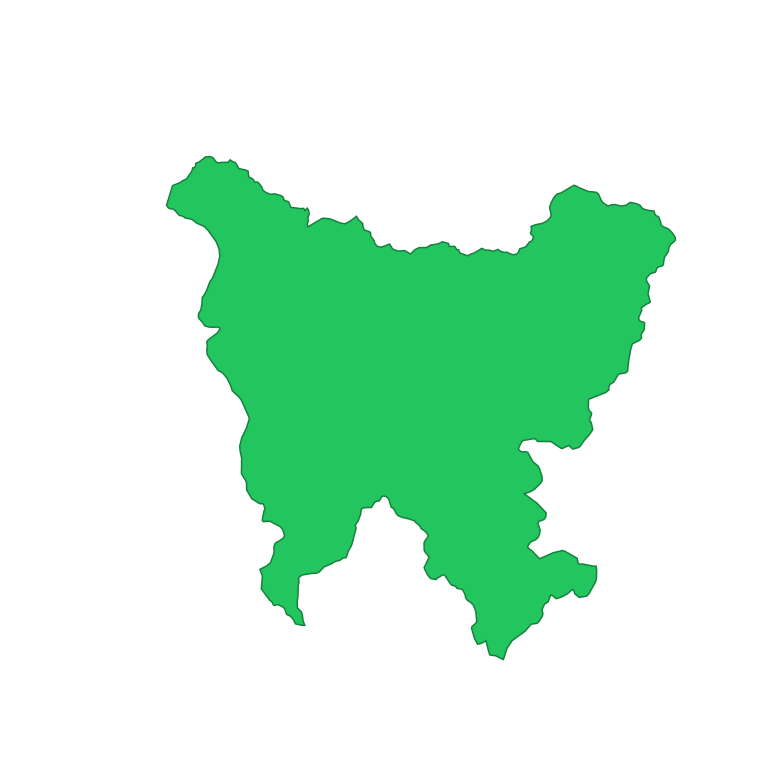 Cho Moi, Bắc Kạn, Vietnam (Mercator projection), rotated 110°
{"feature_id": "81297802B24308322432437", "entity_name": "Cho Moi", "entity_type": "district", "adm_level": 2, "iso_a3": "VNM", "parent_name": "Vietnam", "parent_adm1": "Bắc Kạn", "projection": "mercator", "projection_center": [105.849, 21.965], "detail": "fine", "context": "isolated", "style": "filled", "palette": "green", "viewbox_px": 768, "rotation_deg": 110, "n_neighbors": 0, "source": "geoboundaries", "source_scale": "gbopen_adm2", "svg_char_len": 6171}
<svg xmlns="http://www.w3.org/2000/svg" viewBox="0 0 768 768"><g transform="rotate(110 384 384)"><path d="M288.7,159.5L279.1,161.9L267.2,164.0L261.4,164.4L255.7,158.9L253.7,158.0L252.4,157.8L250.4,159.0L248.1,159.2L244.3,158.0L237.6,159.9L237.1,160.6L237.4,163.5L237.0,165.4L235.8,166.9L234.3,167.4L226.7,167.0L224.3,168.2L219.6,165.0L216.5,162.0L215.7,161.9L209.0,166.7L201.0,168.0L197.8,172.1L195.1,173.7L189.5,171.7L186.0,167.2L181.8,167.1L180.4,166.6L178.0,163.0L176.4,162.3L170.7,163.6L168.3,163.6L162.1,162.1L157.9,162.9L154.7,162.3L150.2,159.7L148.8,159.5L146.4,160.7L143.4,164.7L141.0,169.6L140.6,176.5L139.7,177.9L136.2,180.2L132.9,183.2L132.7,186.2L131.5,187.8L129.1,189.4L130.4,194.8L130.8,199.1L130.5,201.6L128.6,204.3L128.3,206.1L128.3,209.0L129.1,214.3L129.5,215.2L132.9,217.3L135.7,221.9L136.4,228.5L137.8,231.6L139.9,234.0L139.9,235.7L138.6,240.5L137.3,242.5L132.1,247.4L131.2,250.0L133.2,257.8L132.9,266.0L132.2,272.2L132.4,273.6L144.0,283.1L145.9,285.9L147.8,287.1L151.5,288.3L157.2,289.0L160.6,288.9L162.0,288.5L167.7,284.8L170.5,284.6L175.2,286.7L179.0,290.3L182.5,296.1L185.6,299.7L188.5,298.2L190.3,297.9L191.4,298.2L192.7,297.5L194.3,294.0L197.6,293.7L200.2,294.8L200.3,295.5L200.8,295.9L206.8,297.8L210.5,302.7L214.0,302.7L216.4,303.7L217.6,305.3L218.6,308.1L218.1,313.3L219.1,315.7L219.5,319.6L218.5,322.8L222.0,326.9L222.2,330.8L223.5,334.2L223.1,338.6L226.9,341.4L230.6,344.8L232.0,346.7L234.9,349.2L235.0,357.3L232.7,359.3L232.4,359.9L232.8,361.7L230.5,364.5L232.4,369.9L229.8,371.5L230.4,377.8L233.9,381.2L237.4,387.6L241.2,390.7L243.9,397.7L247.2,400.9L252.8,403.5L251.5,410.2L254.1,415.7L254.4,420.8L253.6,422.8L250.6,426.6L256.6,433.6L256.8,437.9L254.9,440.8L252.6,442.3L249.6,447.0L246.3,448.5L245.9,449.5L246.0,455.3L242.8,457.9L240.4,459.0L238.6,463.8L235.8,467.2L242.6,471.6L246.8,475.4L247.6,479.9L247.3,491.3L248.9,497.7L250.1,499.2L262.1,509.1L262.1,509.7L259.9,510.8L256.3,510.9L254.0,512.4L249.8,512.4L246.8,514.1L245.0,516.3L248.1,517.6L246.4,519.6L247.7,522.2L249.8,531.9L245.4,536.0L245.5,540.8L243.7,541.9L242.6,543.4L242.2,545.4L242.7,551.9L244.6,555.6L244.4,560.2L243.7,563.0L242.8,564.5L240.5,566.4L237.9,570.7L237.5,571.8L238.4,574.5L236.1,577.6L235.6,582.0L230.4,584.5L230.3,587.9L231.2,594.0L227.3,598.6L226.7,600.1L226.7,602.6L226.0,605.3L229.1,606.4L231.3,612.4L233.0,615.5L232.5,618.2L230.1,621.5L229.7,623.0L230.0,626.1L231.8,629.5L238.3,633.5L241.1,636.3L244.6,635.6L245.9,636.4L246.2,637.6L250.1,637.4L259.1,639.9L262.6,643.4L264.1,644.1L269.8,650.4L270.4,650.5L290.3,649.5L292.2,647.1L292.5,644.9L291.7,641.9L292.2,640.3L295.6,633.9L295.1,630.9L295.9,627.9L295.8,626.3L294.9,621.0L296.9,614.9L297.5,606.6L300.0,601.6L307.8,590.2L313.8,585.0L320.2,582.0L328.2,580.9L343.3,581.4L347.6,582.6L356.7,582.7L362.0,583.4L364.7,584.4L371.2,582.4L374.4,581.9L377.2,581.5L381.2,582.3L384.6,581.4L385.9,580.0L388.1,575.7L390.7,572.2L390.4,568.2L389.2,564.0L387.5,560.2L387.3,558.1L387.7,557.2L388.9,557.0L393.0,558.1L402.5,564.2L404.7,565.0L409.4,562.8L412.7,562.1L416.9,560.2L421.9,553.6L428.0,544.5L428.7,539.6L432.3,533.4L437.9,527.6L442.3,524.2L446.0,515.5L448.2,512.3L461.3,499.6L463.1,498.6L472.8,498.2L482.9,499.3L491.5,498.4L496.0,496.4L502.4,492.4L517.0,487.3L522.0,481.0L524.1,479.3L530.6,476.8L537.1,468.9L539.0,459.8L538.0,457.1L538.4,456.0L541.7,453.2L544.9,453.3L552.4,452.1L553.8,451.7L554.6,450.4L552.0,444.5L553.5,433.1L555.2,429.7L559.2,426.4L561.0,425.7L563.1,425.9L566.5,428.1L570.1,431.3L571.9,431.9L574.8,431.7L580.3,429.5L590.7,429.6L594.8,431.8L600.6,437.2L606.0,432.6L618.5,429.2L626.1,417.7L627.2,414.6L629.6,412.2L629.5,410.9L627.9,409.0L627.6,407.8L628.3,402.3L629.1,400.5L633.9,396.6L634.2,392.5L636.4,388.5L639.7,385.2L638.9,379.2L637.9,375.9L634.2,379.0L627.8,382.5L626.4,383.8L623.9,388.8L617.8,391.3L613.7,392.0L602.8,395.7L599.9,395.9L595.9,397.7L594.6,397.6L591.7,395.9L587.3,388.3L584.5,382.2L582.6,380.5L576.4,377.8L570.6,371.5L568.0,369.7L566.3,367.6L565.2,365.5L561.6,363.0L560.6,360.9L559.8,360.1L553.8,360.4L546.4,359.3L529.6,360.8L528.0,361.5L526.6,362.8L521.5,361.4L514.8,361.4L509.6,362.5L507.9,361.5L506.4,358.9L504.4,353.6L498.6,352.4L497.3,351.6L495.3,348.4L490.3,347.4L489.3,345.8L489.0,343.5L489.6,341.8L491.4,339.5L497.3,335.0L498.0,332.0L501.7,328.0L502.9,325.9L503.1,321.5L502.2,313.8L502.2,308.6L503.3,306.7L504.9,302.0L507.1,299.8L508.4,295.1L509.5,292.8L511.2,290.7L512.3,290.4L517.5,291.9L519.7,292.0L526.4,289.4L527.7,288.2L530.6,283.2L532.2,282.5L542.8,283.5L544.2,282.3L548.7,277.5L550.9,273.6L549.9,268.1L548.1,267.5L543.2,263.3L542.7,261.8L549.4,252.8L549.9,251.0L549.5,248.6L549.8,247.3L551.1,245.4L550.3,241.8L550.4,239.9L553.9,236.0L557.0,234.1L558.5,232.1L559.3,229.9L559.3,228.3L561.8,223.7L566.7,219.8L574.7,215.9L576.2,215.7L577.6,216.0L581.9,218.4L583.4,218.3L591.7,212.3L596.5,207.1L594.3,203.7L590.5,200.4L599.6,194.1L602.2,192.1L602.4,191.3L601.2,186.3L602.2,178.0L601.9,177.6L590.1,178.0L581.3,175.8L567.8,166.7L560.2,163.9L559.0,162.9L556.6,158.3L553.9,157.0L548.2,155.9L546.1,155.9L542.1,158.2L539.4,158.2L535.8,157.8L532.7,155.3L525.2,155.2L525.3,152.8L526.7,149.5L526.6,148.3L523.1,144.0L518.2,139.7L513.2,137.1L512.8,136.4L512.8,135.6L516.1,132.5L517.7,127.5L514.1,121.1L510.9,119.6L497.3,117.5L493.1,118.2L485.7,120.7L482.7,122.4L483.7,125.8L485.3,136.3L486.3,138.3L486.3,140.0L481.7,143.0L479.4,156.0L479.3,159.1L484.7,167.3L495.0,178.0L490.0,188.3L488.7,192.6L487.2,193.5L483.4,192.5L481.7,191.6L478.5,188.3L475.9,186.8L471.7,186.5L467.7,187.4L462.2,191.8L460.0,191.4L457.7,188.4L455.9,187.0L453.7,186.5L449.6,187.6L443.6,199.6L439.2,214.7L435.4,209.9L431.6,206.6L423.7,203.0L421.0,202.3L417.0,203.8L410.7,208.6L408.4,211.0L406.2,217.4L399.1,225.4L399.1,227.9L400.5,230.5L400.5,233.0L400.0,234.3L398.6,235.6L391.7,235.0L389.5,233.9L384.2,224.6L383.9,222.9L385.5,220.1L381.0,207.5L383.8,195.8L383.7,194.4L378.5,189.4L380.6,184.3L377.1,179.4L375.4,178.4L367.9,176.3L362.1,173.9L355.5,172.2L349.4,176.0L347.5,178.7L342.2,178.5L340.3,179.0L338.5,182.5L335.8,184.1L328.4,186.5L316.1,172.7L312.6,170.6L309.8,171.8L307.2,171.5L303.5,168.7L295.0,167.1L293.6,165.6L290.9,160.7L288.7,159.5Z" fill="#22c55e" stroke="#15803d" stroke-width="1.5"/></g></svg>